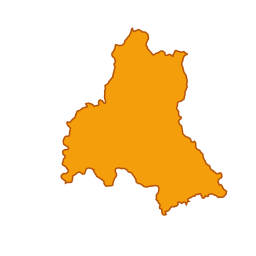 outline of Botumirim, Minas Gerais, Brazil, rotated 163°
{"feature_id": "56859067B82959526320551", "entity_name": "Botumirim", "entity_type": "district", "adm_level": 2, "iso_a3": "BRA", "parent_name": "Brazil", "parent_adm1": "Minas Gerais", "projection": "mercator", "projection_center": [-43.005, -16.951], "detail": "fine", "context": "isolated", "style": "filled", "palette": "amber", "viewbox_px": 256, "rotation_deg": 163, "n_neighbors": 0, "source": "geoboundaries", "source_scale": "gbopen_adm2", "svg_char_len": 5710}
<svg xmlns="http://www.w3.org/2000/svg" viewBox="0 0 256 256"><g transform="rotate(163 128 128)"><path d="M94.5,221.9L95.5,221.7L96.1,220.9L96.5,219.8L97.2,218.8L99.2,216.5L100.2,215.6L101.6,214.9L103.9,213.1L105.2,212.7L106.6,210.4L107.5,209.7L108.7,209.1L110.2,208.8L111.4,209.3L112.8,209.5L114.1,210.6L115.3,211.3L116.2,210.3L116.7,208.9L117.3,207.8L118.3,207.0L118.9,205.9L121.4,204.2L121.9,202.9L122.1,201.7L121.8,200.5L120.8,199.5L120.4,198.1L120.8,196.9L120.5,195.3L121.2,194.3L122.4,193.6L122.9,192.6L122.5,191.0L122.8,189.5L124.1,187.8L124.7,186.5L125.5,185.2L126.3,184.1L127.2,182.4L127.6,181.0L128.6,180.7L129.5,180.2L130.4,179.4L132.2,178.3L132.9,177.7L133.7,176.8L134.8,176.1L136.3,175.7L137.6,175.3L138.1,172.2L139.6,170.1L139.7,168.8L140.6,166.7L141.7,163.2L141.6,161.8L141.7,159.9L142.2,158.6L143.2,158.5L144.0,159.3L144.2,160.3L144.6,161.6L145.6,162.1L146.3,163.0L147.4,162.7L148.2,161.9L148.8,161.0L148.9,159.3L149.5,158.4L150.6,158.3L151.6,158.7L154.1,158.7L155.0,160.9L155.9,161.5L158.1,163.2L159.7,163.5L161.3,163.5L161.2,162.3L160.6,161.2L161.0,160.2L162.3,160.3L163.5,160.3L165.0,160.2L166.1,160.1L168.9,158.9L170.5,159.1L171.9,158.8L173.5,156.6L174.4,155.8L174.8,154.6L175.7,153.6L176.9,153.2L178.3,152.7L181.6,150.5L182.8,150.8L184.1,151.5L185.0,150.7L185.0,149.0L184.7,147.6L183.4,145.7L183.1,144.7L184.1,142.6L184.9,141.6L185.8,138.9L186.9,137.6L189.9,138.2L191.2,137.7L193.1,135.6L193.7,134.6L194.1,132.8L194.1,131.1L192.1,128.6L191.0,127.6L190.6,126.3L191.4,125.3L192.9,125.2L193.9,125.6L195.0,125.7L196.6,125.4L197.4,124.2L197.8,121.8L196.2,119.5L197.2,118.1L198.5,117.3L199.1,116.5L200.2,114.4L201.2,113.3L201.3,111.9L200.3,110.8L199.4,109.9L198.8,108.9L198.0,106.4L197.4,105.1L198.1,103.9L198.9,103.1L199.9,102.7L201.4,102.7L202.7,103.2L204.0,103.0L205.5,102.2L206.2,100.9L206.0,99.5L204.3,96.8L203.6,95.9L203.3,94.9L203.9,93.5L202.4,93.7L201.1,93.5L198.5,92.7L197.6,92.9L196.3,94.8L195.6,96.2L195.1,98.0L194.1,98.5L192.0,99.0L189.2,100.1L188.1,100.3L186.7,99.6L185.0,97.3L183.6,96.8L182.7,97.3L181.1,99.3L180.5,100.6L179.7,101.1L178.0,101.3L177.0,101.2L176.0,100.6L174.4,99.8L173.8,98.4L172.8,98.2L173.4,96.8L172.2,92.2L172.2,91.2L171.3,90.0L170.1,88.8L169.2,87.6L168.2,86.5L167.7,85.6L166.7,84.2L167.1,81.6L166.6,79.9L166.0,78.7L164.9,78.7L162.9,78.1L161.6,78.0L160.5,77.6L159.3,77.9L158.5,79.3L158.2,80.3L157.3,81.3L156.6,82.5L155.7,83.6L154.1,84.7L152.9,85.9L152.4,87.4L152.8,89.1L152.7,90.3L152.5,91.4L151.9,92.3L150.9,92.8L149.5,92.7L148.2,92.5L145.7,90.8L144.4,90.9L143.4,90.3L142.3,89.4L141.3,88.4L140.9,86.9L140.3,86.0L139.4,85.1L138.3,84.6L137.5,83.4L137.1,82.2L136.8,80.9L136.3,79.6L136.1,78.6L135.5,76.6L135.9,74.4L135.4,73.0L134.1,71.8L132.8,71.1L132.0,70.4L131.3,69.7L130.7,68.5L129.6,67.2L127.1,66.0L124.5,66.0L122.1,65.5L118.6,65.0L117.3,64.4L116.3,63.2L116.0,62.0L116.3,60.5L117.6,57.9L118.3,57.2L120.0,56.0L120.7,55.0L121.3,52.4L122.1,51.4L121.3,50.2L120.7,49.3L120.9,48.1L120.0,45.8L119.9,44.5L120.9,43.4L121.2,41.9L120.5,41.0L119.5,40.6L120.3,37.4L120.2,35.7L119.2,34.3L117.8,34.1L116.8,34.2L116.9,35.5L116.8,37.2L115.4,36.9L113.3,37.2L112.2,37.9L111.4,38.7L110.5,39.3L109.4,39.8L107.9,39.8L107.1,39.1L106.1,39.3L104.9,39.2L103.9,39.3L102.9,40.0L102.3,40.7L102.1,42.2L101.1,42.4L99.8,41.5L98.7,40.2L96.4,40.8L95.1,40.2L94.7,37.6L93.9,38.5L93.3,39.6L92.3,40.2L91.1,40.0L91.8,41.1L91.8,42.2L90.6,43.0L89.3,43.0L87.8,43.1L86.4,43.7L85.0,43.6L83.9,43.3L82.8,44.5L81.4,44.5L80.5,43.9L79.5,43.9L78.3,44.3L77.5,43.2L77.9,42.1L77.1,41.0L77.5,40.1L77.0,39.0L75.5,38.9L74.6,39.4L74.2,40.3L73.1,40.1L72.2,39.3L71.0,39.4L70.6,40.7L69.7,41.0L68.3,40.8L66.8,40.3L64.9,38.6L63.9,38.0L62.9,37.0L62.2,35.4L61.2,35.1L60.0,35.0L58.8,34.4L57.5,34.2L56.5,34.3L55.2,35.2L54.2,35.7L53.3,36.5L53.0,37.4L52.3,38.6L53.2,40.1L54.4,41.3L54.8,42.6L54.7,43.6L55.1,44.7L55.2,45.8L55.8,46.7L56.7,46.5L57.6,47.2L57.3,48.6L57.9,49.6L56.8,51.7L55.9,52.4L54.8,52.9L53.2,53.2L52.3,54.3L52.0,56.3L52.2,57.4L52.9,58.2L54.2,58.0L56.8,58.4L57.6,60.0L58.6,60.8L58.6,61.9L60.6,63.7L61.0,65.1L61.1,66.2L60.9,67.4L61.3,68.5L62.3,69.1L63.7,71.3L63.9,73.9L64.3,75.1L64.6,77.8L64.6,78.9L64.3,79.9L64.2,81.5L65.0,82.6L65.6,84.0L65.9,85.5L66.6,86.3L67.5,87.0L68.5,88.1L68.7,90.7L68.1,92.1L67.8,93.3L67.7,94.4L68.3,95.8L69.9,95.6L71.1,96.0L71.7,96.7L71.4,98.1L71.6,99.4L72.5,100.4L73.4,101.7L74.9,102.3L75.7,103.4L76.6,105.2L77.3,106.3L76.5,111.2L76.4,112.8L76.2,114.2L77.9,117.4L77.7,118.5L77.6,119.7L76.5,120.8L75.2,121.2L74.1,121.9L74.1,123.1L75.1,123.7L75.6,124.8L75.7,126.2L75.1,127.9L74.8,129.3L75.2,130.3L75.8,131.6L75.6,133.2L74.4,134.5L73.9,136.0L73.2,137.6L72.1,138.3L71.0,138.3L69.6,138.1L68.4,138.6L67.2,138.8L65.9,139.5L64.9,141.6L64.2,142.5L63.6,143.5L63.5,144.6L63.0,145.7L62.1,146.8L61.2,147.7L60.7,148.6L59.8,149.4L59.3,150.8L59.3,152.5L58.3,154.0L57.8,155.4L57.5,157.1L57.3,159.0L57.3,160.5L57.1,161.6L57.4,162.5L58.2,164.9L58.2,166.0L58.0,167.1L58.1,168.2L57.8,169.5L58.1,171.0L57.9,173.7L57.1,175.2L56.3,175.9L55.7,176.7L55.2,178.1L53.6,180.0L52.6,180.7L51.3,181.0L49.8,181.1L50.0,182.1L50.9,182.7L51.6,183.4L52.2,184.8L53.8,184.7L55.1,185.1L56.4,185.8L57.4,186.5L59.1,187.9L60.2,188.2L61.3,186.9L62.5,185.7L63.6,184.9L63.9,183.5L65.1,184.3L65.8,185.4L66.4,186.2L67.5,186.4L68.8,186.1L70.0,186.1L71.1,187.1L71.0,188.2L70.7,189.2L71.5,190.4L72.6,191.4L73.8,192.0L75.1,191.8L76.4,191.3L77.5,191.2L79.6,191.1L81.0,190.6L82.4,190.5L83.1,191.2L83.3,192.3L84.0,193.5L85.0,196.1L85.9,197.5L86.0,198.6L85.8,199.7L86.4,201.1L86.4,202.5L85.8,203.5L83.7,206.2L82.6,207.0L82.0,208.4L81.6,211.8L82.5,213.0L83.1,214.4L85.7,215.5L86.7,216.3L87.4,217.5L88.4,218.4L89.5,219.2L90.8,218.6L91.9,218.9L92.8,218.6L93.9,218.6L94.8,219.4L94.5,221.9Z" fill="#f59e0b" stroke="#b45309" stroke-width="1.5"/></g></svg>